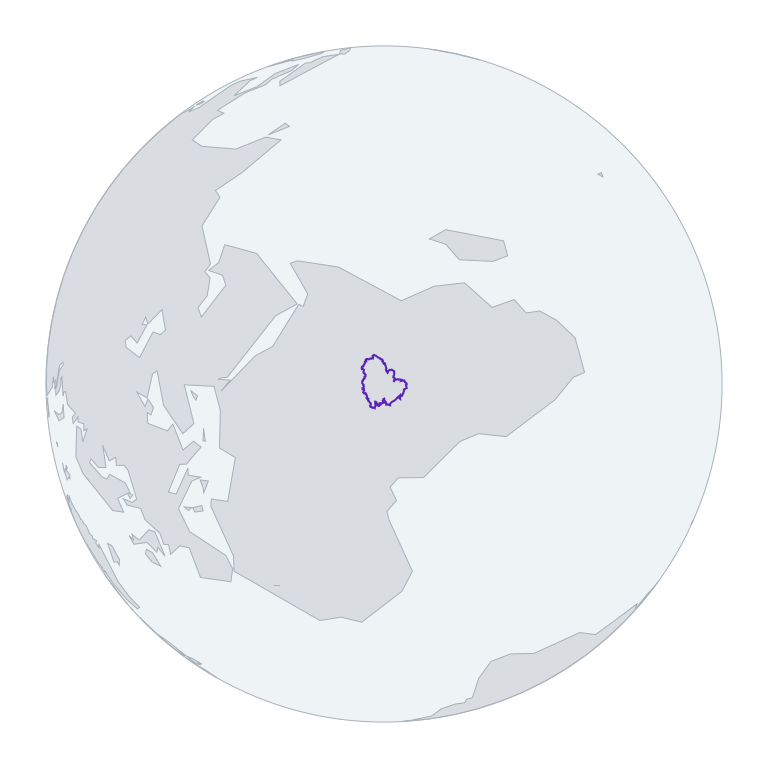 Orientale on an orthographic globe, rotated 256°
{"feature_id": "COD-1559", "entity_name": "Orientale", "entity_type": "Province", "adm_level": 1, "iso_a3": "COD", "parent_name": "Democratic Republic of the Congo", "parent_adm1": "", "projection": "orthographic", "projection_center": [26.062, 1.632], "detail": "fine", "context": "on_globe", "style": "outline", "palette": "violet", "viewbox_px": 768, "rotation_deg": 256, "n_neighbors": 0, "source": "natural_earth", "source_scale": "10m", "svg_char_len": 11742}
<svg xmlns="http://www.w3.org/2000/svg" viewBox="0 0 768 768"><g transform="rotate(256 384 384)"><circle cx="384" cy="384" r="338" fill="#eef3f6" stroke="#a8b0b8"/><path d="M209.9,94.4L216.8,90.4L196.8,103.1L184.0,114.1L178.8,118.1L168.4,124.7L168.0,124.1L188.4,108.5L209.9,94.4ZM162.2,129.0L163.4,128.1L150.3,140.0L148.2,142.2L149.0,141.8L154.0,137.3L149.5,141.8L139.1,151.1L139.8,150.4L144.1,146.0L146.3,143.9L146.1,144.0L162.2,129.0ZM51.9,321.4L52.2,321.5L51.3,325.9L50.3,350.0L55.1,361.3L56.2,376.1L55.1,384.9L58.1,387.9L58.2,393.8L75.6,404.8L88.9,420.8L91.5,441.4L86.3,464.3L95.5,513.7L89.8,528.6L97.7,548.3L109.5,576.2L104.8,573.2L115.9,587.8L121.2,595.9L120.9,596.0L125.5,601.6L110.1,582.0L96.3,561.2L84.0,539.5L73.3,517.0L64.4,493.7L57.2,469.8L51.7,445.5L48.1,420.8L46.3,395.9L46.3,370.9L48.2,346.1L51.9,321.4ZM175.5,649.9L172.7,647.4L175.1,649.2L177.5,651.4L175.5,649.9ZM693.5,248.3L695.6,253.2L697.3,261.6L699.3,267.5L695.2,260.2L697.0,271.4L710.4,306.7L712.6,316.8L712.1,335.3L710.8,327.6L700.0,308.3L703.2,332.5L711.6,353.7L714.7,378.4L710.5,370.2L706.8,348.6L702.9,341.1L700.2,319.8L689.9,288.6L685.4,294.1L682.2,281.8L667.2,257.0L658.8,264.6L647.8,296.9L652.2,328.9L645.8,343.1L623.4,297.2L612.5,267.2L604.9,270.0L581.4,245.6L542.3,244.7L536.3,237.3L529.0,240.9L512.4,233.8L503.1,222.0L493.2,223.0L518.0,254.4L528.5,253.7L536.7,241.3L541.7,252.9L557.7,263.2L541.5,292.0L482.7,319.1L476.4,295.3L428.4,233.5L429.5,226.7L429.3,225.9L428.7,224.6L424.9,235.7L416.5,224.2L442.7,266.2L447.4,285.1L481.9,320.5L478.8,324.3L489.7,331.8L523.9,322.2L524.3,330.2L508.5,368.1L460.6,420.9L466.7,456.3L462.7,486.6L432.2,507.3L434.4,530.7L418.5,539.2L417.2,552.6L404.1,566.9L382.6,580.6L346.6,581.4L344.8,569.4L327.4,546.2L303.4,489.8L312.9,463.6L309.8,443.6L283.7,399.7L289.5,375.1L282.4,365.0L267.8,367.9L259.6,356.0L250.8,356.0L195.4,366.3L178.5,351.2L158.3,304.8L168.2,285.8L170.0,264.6L238.7,193.2L253.3,196.4L307.5,186.4L314.2,188.6L307.9,203.9L348.6,222.0L361.6,208.9L398.4,218.9L422.9,218.4L431.5,190.0L391.5,190.0L384.5,176.7L416.6,165.0L451.6,167.0L450.0,162.0L427.8,150.8L435.8,142.3L420.1,146.5L426.5,151.4L416.9,154.6L410.5,150.5L413.5,147.3L403.0,145.2L391.0,162.5L396.2,169.4L368.5,173.1L374.6,185.3L367.1,191.2L354.1,173.0L355.4,166.3L331.3,148.6L327.5,155.7L349.9,173.4L342.9,172.1L337.9,183.6L336.2,173.9L312.7,154.4L287.7,159.8L255.9,189.1L241.3,192.4L229.1,187.6L240.7,159.2L272.0,155.4L276.5,146.9L270.3,135.8L280.3,136.1L281.6,131.6L293.4,130.4L310.1,119.3L322.1,117.8L328.8,105.3L335.8,103.3L329.9,111.0L332.2,116.2L362.1,114.8L367.9,112.1L369.8,104.6L377.8,105.9L375.8,98.8L393.0,96.2L370.3,94.1L372.0,86.9L382.4,81.6L378.8,79.3L361.9,88.1L358.8,92.2L362.7,96.0L350.7,108.9L340.4,111.4L337.5,97.8L322.6,100.4L326.9,90.1L370.0,70.3L388.0,67.4L417.5,75.6L413.3,79.2L400.6,77.7L412.3,85.0L411.4,81.5L418.0,83.1L421.2,78.0L426.1,79.0L420.9,72.9L427.2,73.6L430.4,77.4L440.6,72.0L453.7,73.2L453.7,71.6L449.9,69.6L469.1,73.3L468.2,72.0L461.6,70.3L455.5,66.9L452.3,62.9L459.1,64.4L461.2,66.0L475.8,72.3L480.3,77.4L482.8,77.7L480.5,73.7L462.7,65.9L458.8,63.1L468.0,66.3L464.3,64.9L464.6,64.1L471.1,64.9L461.4,61.5L454.5,54.4L466.6,56.5L475.5,59.3L477.2,59.2L500.7,66.9L523.6,76.3L545.7,87.3L567.0,99.9L587.3,114.0L606.5,129.6L624.5,146.6L641.2,164.8L656.5,184.2L670.4,204.6L682.7,226.1L693.5,248.3ZM215.3,228.0L213.5,234.2L215.3,228.0ZM489.2,185.0L509.8,186.6L499.4,169.4L506.5,169.0L500.4,163.8L498.6,168.3L483.5,154.4L491.9,150.1L488.8,143.4L481.8,142.7L468.7,153.2L490.3,172.4L486.0,179.2L489.2,185.0ZM52.3,321.3L51.8,325.2L51.5,325.2L52.3,321.3ZM150.9,139.4L151.6,138.8L151.3,139.4L149.2,141.3L150.9,139.4ZM163.7,132.1L156.2,139.6L160.1,135.0L155.6,138.4L158.2,133.9L176.3,120.0L167.6,126.7L163.7,132.1ZM166.6,125.4L162.9,128.9L166.2,125.7L166.6,125.4ZM277.0,111.4L281.0,113.6L276.3,118.6L261.1,123.3L267.6,115.7L277.0,111.4ZM287.6,115.7L289.0,102.5L298.6,100.0L293.0,103.4L299.1,103.1L291.8,108.8L299.5,120.5L296.0,125.9L269.8,129.9L280.3,125.1L275.8,122.9L287.6,115.7ZM275.8,82.2L276.5,78.9L296.2,77.3L293.3,80.7L277.9,84.8L272.3,83.3L275.8,82.2ZM267.5,66.8L264.1,68.1L262.6,68.6L267.5,66.8ZM260.8,69.3L251.3,73.5L241.2,77.9L247.7,74.8L260.8,69.3ZM246.5,75.3L232.7,81.9L234.1,81.1L246.5,75.3ZM228.7,83.9L225.1,85.8L226.9,84.8L228.7,83.9ZM308.8,54.6L310.2,54.3L313.7,53.5L316.3,52.9L321.8,51.9L326.1,51.1L337.3,49.6L337.8,50.3L342.6,49.4L351.2,48.8L352.8,49.8L345.1,50.0L352.3,51.3L342.5,52.3L343.9,52.4L336.8,54.0L330.6,56.4L326.2,56.9L325.7,57.7L321.0,59.2L318.8,60.7L310.0,62.2L306.7,64.4L304.5,64.0L301.1,67.4L299.7,65.7L293.4,68.1L298.1,68.5L255.9,78.4L239.3,85.5L226.3,92.9L225.6,90.2L237.3,82.3L255.0,73.3L271.0,67.5L267.8,67.9L274.5,65.5L274.3,66.2L278.7,63.8L284.2,62.2L299.9,57.2L302.9,56.0L307.8,54.8L308.8,54.6ZM344.0,48.5L344.7,48.4L340.7,49.1L328.1,50.7L344.0,48.5ZM322.0,182.8L327.2,183.3L335.4,182.4L332.4,190.1L322.0,182.8ZM305.5,169.5L310.3,168.4L310.1,177.8L304.6,177.8L305.5,169.5ZM313.1,160.3L310.6,167.6L308.7,163.7L313.1,160.3ZM334.3,109.9L339.4,108.8L339.9,110.5L337.0,113.4L334.3,109.9ZM372.0,57.3L368.3,56.4L369.8,55.9L367.7,53.4L374.8,52.9L378.9,54.3L372.0,57.3ZM424.6,194.8L417.5,200.2L413.8,197.6L417.0,196.2L424.6,194.8ZM372.7,194.7L384.5,198.1L371.7,196.8L372.7,194.7ZM379.4,56.4L377.7,55.2L382.3,55.8L379.4,56.4ZM379.9,52.6L385.4,53.0L375.4,52.6L379.9,52.6ZM536.0,642.1L536.4,646.1L531.9,646.5L536.0,642.1ZM518.8,481.2L494.0,534.6L478.5,535.0L476.6,519.4L486.3,487.1L504.6,477.8L513.8,463.1L518.8,481.2ZM718.3,433.2L715.7,430.9L713.7,426.1L715.0,420.4L718.3,422.9L718.3,433.2ZM714.8,420.1L710.5,402.9L698.5,355.1L703.0,356.2L714.3,385.4L713.7,390.3L716.4,403.7L714.8,420.1ZM721.1,407.5L720.5,405.2L719.7,402.3L719.3,382.7L719.6,373.2L720.5,373.9L720.0,347.6L721.9,377.5L721.1,407.5ZM653.7,331.9L661.0,351.3L656.9,354.5L653.7,331.9ZM702.5,276.7L701.8,278.0L700.1,273.2L700.0,268.9L702.5,276.7ZM437.9,57.6L433.0,61.0L434.2,64.6L442.3,67.9L428.7,65.4L426.9,59.8L437.9,57.6ZM451.8,54.3L444.6,52.5L449.0,53.1L451.2,53.6L451.8,54.3ZM446.6,53.3L435.4,51.7L432.3,50.7L441.7,52.0L446.6,53.3ZM407.5,52.1L405.5,52.9L401.8,52.3L407.5,52.1ZM675.0,555.8L687.1,533.1L686.8,533.9L696.0,513.5L697.6,509.9L687.2,533.3L675.0,555.8Z" fill="#d9dde1" stroke="#a8b0b8" stroke-width="1"/><path d="M392.1,363.7L392.1,364.1L392.5,364.4L392.5,364.6L392.8,364.7L393.3,364.8L393.5,365.0L393.5,365.3L393.8,365.4L393.9,365.5L394.0,365.7L394.0,366.0L394.1,366.5L394.3,366.6L394.5,366.8L394.9,366.8L395.0,366.7L395.1,366.8L395.5,366.8L395.5,367.2L395.7,367.6L396.0,367.4L396.2,367.8L396.4,368.0L397.2,368.0L397.4,368.1L397.5,368.4L397.9,368.3L398.3,367.9L398.7,367.8L398.7,367.6L399.1,367.5L399.5,366.9L399.8,366.8L400.0,366.9L400.0,367.1L400.8,367.2L401.2,367.1L402.4,368.0L402.6,368.0L402.7,367.7L403.1,367.7L403.3,367.4L403.6,367.1L403.9,366.6L403.9,366.1L404.9,366.2L405.5,366.6L405.9,366.7L405.8,366.9L405.9,367.1L405.8,367.6L405.9,367.8L406.1,368.0L406.5,368.0L406.8,368.3L406.7,368.6L407.1,368.7L407.4,369.2L407.9,369.4L408.3,370.3L408.7,370.3L409.1,370.4L409.8,370.8L410.2,370.8L410.5,371.8L410.3,372.3L410.6,372.3L411.0,372.2L411.5,371.9L411.7,372.0L411.7,372.3L412.1,372.6L412.0,372.9L412.1,373.0L412.4,372.8L412.5,373.0L412.5,373.6L411.9,374.5L411.5,375.6L411.6,375.8L412.0,376.1L412.1,376.3L412.2,376.8L412.0,377.2L411.9,377.3L411.5,378.3L411.5,378.7L411.4,379.2L411.9,379.2L412.0,379.6L412.3,379.8L412.5,379.8L412.7,379.4L412.9,379.4L413.3,379.8L413.3,380.0L413.7,380.1L414.1,380.0L414.2,380.5L414.7,380.9L414.7,381.2L413.2,383.1L411.2,384.7L410.0,386.3L409.7,386.5L409.3,386.5L409.1,386.8L408.8,386.7L408.6,386.9L408.5,387.2L408.5,387.7L408.1,388.3L407.4,388.4L407.1,388.6L406.7,388.4L406.3,387.9L406.0,388.1L405.5,388.4L404.8,388.4L404.7,388.7L404.6,388.8L403.8,388.6L403.6,388.8L403.5,389.1L403.7,389.4L404.1,389.5L403.7,390.0L403.1,389.7L402.8,389.8L402.6,389.6L402.3,389.6L401.4,390.0L400.2,389.9L398.7,390.2L398.3,389.9L397.7,389.3L397.4,389.3L395.8,389.5L395.3,389.7L394.8,390.1L393.9,390.2L394.0,390.4L394.5,390.7L394.7,390.8L394.9,390.7L395.2,390.8L395.4,390.8L395.5,390.9L395.7,391.1L395.7,391.3L395.8,391.4L395.8,392.0L396.1,392.3L396.3,392.7L396.0,393.0L396.0,393.5L396.1,394.6L396.1,395.0L395.6,395.4L395.2,395.5L394.7,396.3L394.3,396.6L393.8,397.0L393.0,396.7L392.6,396.7L392.4,396.5L391.8,396.6L391.3,396.2L390.5,396.1L390.0,395.7L389.9,395.4L389.5,395.2L389.3,395.1L388.6,394.8L388.6,395.1L388.3,395.1L387.8,395.4L387.4,395.4L387.0,395.8L386.4,395.8L386.2,395.6L386.1,395.4L385.6,395.1L385.5,394.8L385.3,394.7L385.0,394.4L384.6,394.2L384.3,394.5L385.2,395.5L385.8,395.9L386.0,396.1L386.0,396.3L385.2,397.2L385.3,398.8L384.6,399.3L384.5,400.0L384.6,400.3L384.5,400.5L384.4,400.8L384.4,401.0L384.1,401.2L384.0,401.6L383.8,401.9L383.8,402.1L383.7,402.3L383.3,402.4L383.2,402.3L382.8,401.8L382.8,403.2L382.7,403.7L382.7,404.2L382.5,404.6L381.8,404.7L381.3,404.5L380.9,404.6L380.7,404.8L379.6,405.9L379.1,406.0L378.6,406.0L378.1,405.9L378.2,405.5L378.2,405.4L377.8,405.0L376.8,405.1L374.5,405.0L374.1,403.0L374.0,402.5L373.6,401.9L373.4,401.8L372.4,401.8L371.8,401.4L370.9,400.7L370.5,400.6L370.2,400.0L369.3,399.5L368.3,398.7L368.1,398.4L368.9,397.7L369.6,397.4L368.8,396.3L368.6,396.2L367.5,396.5L367.1,396.1L365.8,396.0L366.7,395.3L366.9,395.3L367.7,395.5L367.9,395.3L368.3,395.1L368.3,394.9L367.4,393.4L366.8,392.7L366.4,392.0L365.8,391.2L365.5,390.1L365.1,389.5L365.1,388.9L364.9,388.3L364.8,387.7L364.4,386.7L364.1,386.3L363.8,385.7L363.3,385.2L362.9,385.0L362.2,384.7L361.8,384.7L361.9,384.4L362.6,383.9L362.9,383.6L363.1,382.4L363.5,381.6L363.5,381.2L364.0,381.3L364.2,381.6L364.5,381.7L365.1,381.5L365.3,381.4L365.3,381.2L365.5,381.2L365.6,380.9L365.8,380.9L365.8,380.7L366.3,381.2L366.5,381.3L367.3,380.8L368.0,380.4L369.0,380.5L369.6,380.7L369.8,380.7L369.6,379.9L369.2,379.5L368.5,379.1L368.1,378.7L367.8,378.7L366.7,378.8L366.4,378.7L366.2,378.5L365.8,377.9L365.9,377.4L365.9,376.8L366.1,376.4L366.2,376.1L366.4,375.5L366.4,375.0L366.2,374.9L366.0,375.0L365.1,375.9L364.9,375.9L364.7,375.5L364.8,374.7L364.7,374.3L364.5,374.2L364.0,374.0L363.8,373.8L363.9,373.5L364.1,373.2L365.1,372.9L365.6,372.7L366.0,372.8L366.2,372.7L367.0,371.9L367.4,372.1L367.8,372.2L368.0,372.3L368.8,371.6L369.0,371.1L368.4,371.0L368.1,371.1L366.9,370.6L366.4,370.7L366.2,370.8L365.9,370.7L365.5,370.9L365.0,370.8L364.7,370.6L364.6,370.1L364.2,370.0L363.4,369.4L362.8,369.2L363.3,368.7L363.3,368.4L363.5,368.1L363.7,367.9L363.6,367.5L363.6,367.2L364.2,367.1L364.2,366.9L364.4,366.6L364.4,366.3L364.6,366.1L364.8,365.8L364.9,365.7L365.2,365.8L365.4,365.5L365.3,365.3L365.4,365.2L365.9,365.1L366.1,365.6L366.6,365.8L367.0,365.7L367.2,366.0L367.5,366.1L367.6,366.3L367.9,366.4L368.4,366.5L368.6,366.1L369.0,366.0L369.5,365.7L370.5,365.4L370.8,365.2L371.6,365.2L371.6,364.9L371.8,365.0L372.4,364.6L372.8,364.7L373.1,364.4L373.3,364.4L373.4,364.6L373.6,364.1L374.1,364.1L374.2,363.9L374.2,363.4L374.3,363.7L374.5,363.6L374.9,363.6L375.1,363.9L375.4,364.0L375.5,364.2L375.8,364.4L375.7,364.6L376.2,364.6L376.4,364.6L376.5,364.6L376.9,364.5L377.5,364.2L378.2,364.4L378.5,364.0L379.1,364.1L379.6,364.0L379.8,363.3L379.6,363.2L379.7,362.8L379.8,362.5L380.0,362.4L379.9,362.3L380.1,362.2L380.3,362.2L380.6,362.0L380.9,362.1L381.0,361.9L381.3,362.1L381.3,362.3L381.6,362.3L381.8,362.4L382.1,362.7L382.3,362.7L382.5,362.7L382.6,363.0L382.8,362.9L383.1,363.1L383.4,363.0L383.5,362.8L383.8,363.0L384.0,363.0L384.1,362.9L384.2,362.7L384.3,362.7L384.6,362.8L384.6,362.7L384.7,362.8L384.8,362.7L384.9,363.0L385.0,362.9L385.0,363.1L385.7,363.3L385.8,363.3L386.2,363.5L386.4,363.8L386.6,363.9L386.9,363.8L387.0,363.8L387.2,363.7L387.3,363.8L387.7,363.6L388.0,363.6L388.4,363.9L388.5,363.8L389.3,363.3L389.9,363.0L390.2,363.0L390.9,363.3L391.3,363.4L391.5,363.6L392.1,363.7Z" fill="none" stroke="#5b21b6" stroke-width="2"/></g></svg>